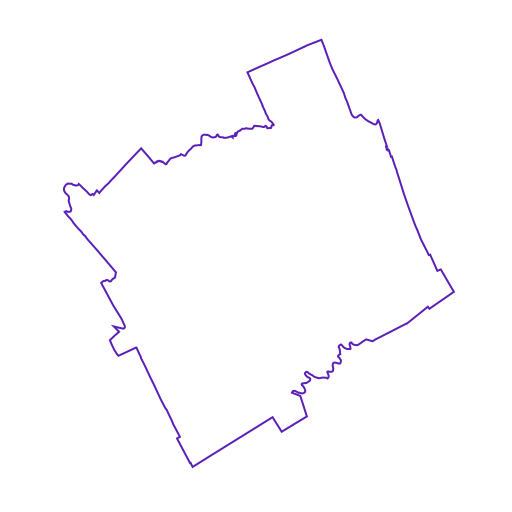 the district of Barla, Arges, Romania, rotated 65°
{"feature_id": "2599482B83740552366716", "entity_name": "Barla", "entity_type": "district", "adm_level": 2, "iso_a3": "ROU", "parent_name": "Romania", "parent_adm1": "Arges", "projection": "natural_earth1", "projection_center": [24.78, 44.442], "detail": "fine", "context": "isolated", "style": "outline", "palette": "violet", "viewbox_px": 512, "rotation_deg": 65, "n_neighbors": 0, "source": "geoboundaries", "source_scale": "gbopen_adm2", "svg_char_len": 6037}
<svg xmlns="http://www.w3.org/2000/svg" viewBox="0 0 512 512"><g transform="rotate(65 256 256)"><path d="M420.4,402.6L417.8,381.8L409.1,309.1L426.1,307.0L422.9,277.7L402.7,275.1L401.6,275.1L401.1,275.4L395.1,281.2L394.6,280.6L394.1,279.7L394.3,278.2L396.5,276.2L397.8,275.5L398.2,274.5L398.9,273.8L400.1,272.3L400.4,270.7L399.9,268.9L398.6,268.2L396.6,268.0L394.3,268.2L392.4,268.9L391.9,268.9L391.3,268.6L391.0,268.0L391.2,267.3L391.6,266.6L391.8,265.6L392.1,264.8L392.4,263.8L391.9,260.3L391.6,259.6L390.8,259.0L390.3,258.8L389.8,258.9L388.5,259.4L387.6,260.4L386.6,260.9L385.9,261.0L385.0,261.4L383.2,261.4L382.9,261.2L382.2,259.5L382.9,258.5L383.4,258.4L383.7,258.0L384.8,257.6L386.6,256.4L388.3,255.0L388.9,254.9L390.0,254.3L391.1,253.3L391.8,252.3L392.8,251.5L393.7,249.7L394.3,247.0L394.6,246.4L396.1,243.7L397.2,242.9L396.6,241.5L395.0,240.7L394.1,240.6L391.9,240.5L391.2,240.3L391.0,239.5L392.0,238.4L392.6,237.0L392.9,235.6L392.7,234.9L390.6,233.4L388.8,233.2L386.8,232.4L385.6,231.0L385.7,229.9L387.1,227.9L388.5,226.5L388.8,225.7L388.9,225.0L388.4,224.5L387.1,223.3L386.2,223.1L383.4,223.5L382.5,224.0L381.6,224.1L380.9,223.4L380.7,223.0L380.6,221.1L378.8,220.6L377.2,219.9L376.2,219.7L375.3,219.6L374.5,219.4L373.7,219.6L372.6,219.0L372.1,217.2L372.1,216.4L372.8,216.0L375.5,215.2L377.2,214.3L378.7,212.8L379.6,211.2L380.1,210.1L380.0,209.5L379.2,209.4L377.7,208.8L375.8,208.6L374.9,208.1L374.3,207.0L374.8,206.0L375.7,206.1L377.2,205.3L378.2,204.2L379.3,202.7L379.7,201.1L378.2,192.4L378.2,191.3L382.5,186.4L382.1,182.8L380.8,147.8L381.0,147.7L374.6,121.7L377.1,121.2L372.1,91.8L346.3,94.2L346.1,97.9L328.4,97.6L328.3,98.9L328.1,99.0L324.9,99.0L310.9,99.5L300.1,98.8L297.1,98.8L293.3,98.6L273.8,96.9L261.3,95.6L246.5,93.6L239.1,92.7L237.2,92.2L235.4,92.2L231.2,91.8L223.3,90.8L223.2,91.7L216.4,90.8L216.3,91.6L214.7,91.4L214.8,91.9L215.2,92.0L215.3,92.1L215.2,92.4L215.0,92.5L214.6,92.5L214.6,92.1L211.8,91.9L212.0,91.0L203.9,90.1L187.9,87.8L184.4,87.8L184.5,88.3L185.6,89.3L187.0,90.7L187.2,91.4L187.2,92.1L186.9,92.8L186.2,93.6L182.2,96.5L181.8,97.0L178.7,98.8L176.7,99.7L172.3,101.2L172.1,102.6L172.3,104.0L172.9,105.8L172.5,107.5L171.7,108.6L169.1,109.4L168.1,109.5L154.1,108.2L150.5,108.2L145.5,107.5L129.3,107.5L119.2,107.8L112.4,107.5L94.2,105.7L87.7,105.3L86.7,120.1L86.8,138.3L86.6,149.0L86.3,156.8L86.3,163.6L86.1,171.8L85.9,186.1L98.0,186.3L102.6,186.0L109.4,186.3L122.3,186.4L122.4,186.6L122.6,186.7L128.1,186.6L130.8,186.9L134.5,186.6L137.2,186.8L139.0,186.5L140.7,185.3L144.3,184.5L144.9,184.8L144.9,185.0L144.3,186.2L144.3,186.6L144.7,186.9L145.5,187.5L146.3,188.3L146.3,188.5L145.6,189.9L145.4,191.1L145.2,191.4L144.5,191.9L144.0,191.9L143.3,191.6L142.8,191.9L142.2,192.2L142.1,192.5L142.5,193.9L142.2,195.0L140.5,196.9L140.2,197.6L139.7,198.2L139.3,199.1L138.9,199.6L138.7,200.4L138.0,201.0L137.7,202.0L137.3,202.5L137.4,202.8L138.0,203.5L138.8,204.9L139.0,205.4L138.9,206.1L137.0,209.8L136.4,210.4L136.1,210.7L135.7,213.2L134.9,214.5L135.2,215.6L135.2,216.8L135.7,217.8L135.5,219.9L135.6,220.2L136.5,221.3L136.7,221.6L136.0,222.4L135.9,222.7L136.3,223.3L136.9,223.8L137.2,223.6L137.6,222.5L138.1,222.5L138.5,222.9L138.6,223.4L138.6,223.9L137.9,225.7L137.3,226.3L137.5,226.6L138.7,227.1L136.9,227.9L137.0,228.6L136.7,231.2L136.3,232.7L135.6,234.7L135.2,235.3L134.5,235.7L134.1,236.6L132.8,238.6L132.4,239.0L132.1,239.1L130.0,239.3L129.7,239.5L129.6,239.8L129.8,240.5L130.8,241.4L131.0,241.9L131.0,242.8L130.7,243.9L130.2,245.3L129.0,246.5L126.9,247.7L125.8,248.6L125.6,248.9L125.6,249.5L125.1,249.9L124.1,251.7L124.0,252.6L124.3,254.2L124.6,254.7L125.9,255.6L129.5,257.3L132.1,258.8L132.3,259.1L131.3,261.1L130.6,263.2L130.0,264.7L130.0,266.6L130.7,268.3L131.4,269.8L131.7,271.2L132.8,273.9L133.9,275.8L134.8,277.0L135.1,277.5L135.1,278.1L134.3,279.1L132.0,281.0L132.6,282.4L132.1,288.3L131.6,290.6L131.5,291.9L132.1,293.6L133.2,295.6L133.9,297.3L134.3,297.8L134.6,297.9L134.6,298.1L134.8,298.7L134.7,299.1L132.9,300.0L132.4,300.3L131.3,300.6L131.2,301.2L130.8,301.2L130.4,301.6L130.3,301.8L130.7,301.7L130.6,301.9L130.2,302.2L129.9,302.1L129.4,302.7L129.3,303.0L128.9,303.3L128.8,303.6L129.0,304.0L128.6,304.2L128.5,304.7L128.5,305.8L128.6,306.0L128.9,306.0L129.0,306.4L129.0,306.5L128.6,306.5L128.9,307.5L128.7,308.2L129.1,308.7L129.1,309.3L120.7,311.5L109.9,314.6L118.1,335.6L121.3,343.1L122.4,345.9L123.9,349.5L126.8,356.8L127.6,358.5L128.9,362.8L131.3,368.7L132.6,371.4L129.3,372.5L132.1,377.2L131.1,377.5L130.8,377.8L130.7,378.0L131.1,379.6L131.1,379.8L130.8,380.3L129.2,381.2L126.1,382.1L121.5,384.0L120.5,384.5L119.2,384.8L115.8,386.2L116.3,386.9L116.5,387.6L116.5,388.1L116.0,389.3L116.0,389.6L115.1,390.4L114.6,391.2L113.6,392.2L112.9,392.3L112.5,392.5L111.7,394.5L110.8,395.9L111.0,396.6L111.0,397.7L111.5,398.9L113.2,401.2L114.2,401.8L114.9,402.1L116.6,402.3L118.3,402.1L120.4,401.2L122.6,400.6L123.4,400.6L124.7,401.0L125.5,401.5L126.3,402.2L127.3,402.6L132.4,403.3L134.8,403.4L135.5,403.6L136.8,404.6L137.3,405.2L137.3,405.6L136.6,407.6L136.2,408.2L135.1,409.0L135.1,410.1L135.2,410.8L138.8,409.9L140.8,409.5L142.5,408.8L144.1,408.3L146.2,407.8L148.7,407.5L151.9,406.7L156.4,405.4L159.0,404.4L160.8,403.9L163.3,403.5L164.0,403.1L164.9,402.9L165.8,402.2L166.4,402.3L169.5,401.7L184.8,397.2L211.7,389.8L212.5,390.6L213.7,391.2L215.0,392.4L215.9,392.8L216.2,394.4L216.2,395.6L216.6,396.2L216.8,397.1L217.6,398.1L217.2,399.5L216.7,399.8L216.1,400.0L215.1,400.7L214.7,401.4L214.5,401.9L214.9,403.0L214.3,404.3L214.2,404.9L214.7,406.9L215.0,407.3L215.0,407.7L238.4,406.4L241.5,406.2L255.3,404.5L259.4,404.4L261.1,404.5L262.9,404.4L264.4,404.6L265.1,404.9L265.7,405.8L265.9,406.2L265.7,407.1L259.8,414.6L266.8,412.1L268.7,418.6L270.6,424.0L276.1,424.2L278.9,424.1L280.7,424.2L286.6,423.4L288.3,422.8L288.3,405.6L288.3,403.3L288.5,403.1L299.2,403.1L299.7,403.4L300.3,403.4L308.0,403.1L320.8,403.1L330.1,402.9L346.1,402.9L356.5,402.4L357.0,402.0L369.9,401.9L373.2,402.1L387.8,401.4L387.9,404.5L388.0,404.7L415.8,403.3L415.8,402.7L420.4,402.6Z" fill="none" stroke="#5b21b6" stroke-width="2"/></g></svg>